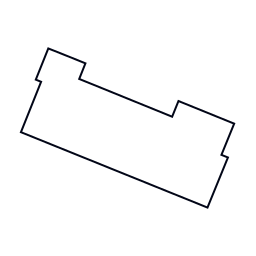 Bottineau, North Dakota, United States of America (Robinson projection), rotated 202°
{"feature_id": "52423323B86057678992941", "entity_name": "Bottineau", "entity_type": "district", "adm_level": 2, "iso_a3": "USA", "parent_name": "United States of America", "parent_adm1": "North Dakota", "projection": "robinson", "projection_center": [-100.84, 48.772], "detail": "fine", "context": "isolated", "style": "outline", "palette": "ink", "viewbox_px": 256, "rotation_deg": 202, "n_neighbors": 0, "source": "geoboundaries", "source_scale": "gbopen_adm2", "svg_char_len": 409}
<svg xmlns="http://www.w3.org/2000/svg" viewBox="0 0 256 256"><g transform="rotate(202 128 128)"><path d="M91.3,171.9L91.3,155.0L191.6,155.2L191.7,172.0L211.6,172.0L231.7,171.9L231.6,138.3L225.9,138.3L225.7,84.0L187.6,84.0L187.3,84.0L128.1,84.0L113.0,84.0L81.2,84.0L68.9,84.0L62.0,84.0L30.4,84.0L24.5,84.0L24.3,138.1L31.3,138.1L31.2,171.8L91.3,171.9Z" fill="none" stroke="#020617" stroke-width="2"/></g></svg>